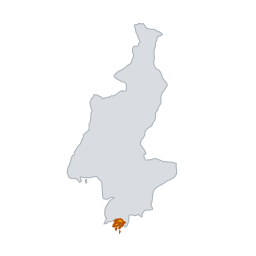 Ongjin, Hwanghae-namdo, North Korea (highlighted), rotated 331°
{"feature_id": "82179303B18261928237919", "entity_name": "Ongjin", "entity_type": "district", "adm_level": 2, "iso_a3": "PRK", "parent_name": "North Korea", "parent_adm1": "Hwanghae-namdo", "projection": "orthographic", "projection_center": [125.207, 37.865], "detail": "fine", "context": "in_parent", "style": "filled", "palette": "amber", "viewbox_px": 256, "rotation_deg": 331, "n_neighbors": 0, "source": "geoboundaries", "source_scale": "gbopen_adm2", "svg_char_len": 6231}
<svg xmlns="http://www.w3.org/2000/svg" viewBox="0 0 256 256"><g transform="rotate(331 128 128)"><path d="M153.0,183.0L152.2,183.5L150.8,186.3L149.5,189.7L148.2,191.6L146.6,192.7L144.9,193.4L141.6,193.7L138.5,193.6L137.5,193.2L133.4,193.6L132.2,193.8L126.2,193.7L123.0,194.1L121.0,194.8L119.0,196.2L117.3,198.3L115.8,200.6L112.7,204.7L110.5,206.8L110.6,209.6L110.5,210.5L109.8,211.1L109.5,210.9L108.2,210.7L103.0,208.1L98.8,209.8L97.8,211.9L96.7,212.5L94.9,208.5L92.2,208.4L87.8,204.8L85.9,205.5L85.4,207.0L83.0,210.3L79.7,213.0L78.6,213.4L77.4,213.2L77.5,212.5L76.2,209.4L70.9,208.2L69.0,206.9L68.0,206.6L73.2,203.2L74.5,202.6L73.5,201.8L72.4,201.4L68.2,201.9L65.9,200.7L62.7,201.1L60.5,200.2L65.1,196.9L65.3,194.9L65.3,193.4L67.7,188.9L70.0,186.5L76.1,183.0L78.8,182.5L80.7,182.6L82.2,182.3L80.6,181.0L79.0,180.4L75.8,180.5L72.6,178.5L72.3,176.4L78.6,163.0L78.7,161.7L77.7,158.5L77.3,155.3L72.9,153.5L70.9,153.3L65.1,149.7L62.9,147.8L62.0,148.4L61.8,151.2L61.0,151.9L59.4,152.4L58.7,149.1L57.5,146.8L53.7,144.3L52.4,143.0L53.0,140.1L52.7,139.9L53.4,136.7L55.7,134.2L61.4,129.8L62.9,127.7L65.8,125.3L67.1,125.4L68.4,125.2L68.8,124.1L69.1,123.3L70.3,122.5L73.0,121.2L76.1,119.4L78.6,118.9L81.7,116.2L82.9,115.1L84.2,115.1L84.5,114.5L85.2,113.1L86.2,112.2L87.6,112.0L89.8,111.4L92.5,111.0L94.4,108.7L95.0,107.1L96.2,105.4L98.9,103.4L100.6,100.6L102.6,97.5L103.6,96.5L104.5,96.3L105.0,95.1L105.6,91.8L106.5,88.7L107.0,87.2L109.3,85.5L109.9,84.7L110.4,84.4L111.5,84.6L112.9,83.6L114.2,82.5L115.4,82.9L116.7,83.8L118.0,85.5L118.6,86.9L119.7,88.0L119.9,89.7L121.0,90.4L123.2,90.7L126.8,91.8L129.2,91.8L130.5,92.7L133.3,93.1L138.8,92.2L141.1,92.6L142.1,93.6L143.5,94.4L144.5,94.4L145.6,92.9L146.9,90.5L147.7,88.7L147.6,87.3L146.8,85.8L144.9,84.4L143.6,82.2L142.4,79.9L141.7,79.2L141.1,78.1L141.0,76.4L141.3,75.3L144.0,74.4L147.5,73.8L150.4,74.2L155.2,73.7L158.0,73.0L160.2,73.0L162.2,72.9L163.0,71.9L165.7,69.4L167.0,68.5L168.4,66.9L168.6,65.2L168.8,63.8L169.6,62.3L170.9,60.5L172.1,59.6L173.5,59.7L175.0,60.4L175.9,61.2L177.0,60.9L177.8,59.5L178.3,59.2L180.0,59.0L180.4,58.1L180.8,53.9L181.3,50.6L181.3,48.4L182.6,44.5L182.9,42.2L183.7,41.1L184.7,41.2L185.6,41.8L186.7,42.1L188.1,41.7L189.1,42.2L189.8,43.4L191.9,44.1L192.2,44.7L192.4,48.8L193.6,50.7L195.3,52.3L197.5,53.8L198.6,54.1L199.4,55.1L200.1,57.0L201.8,58.9L202.7,60.2L202.9,61.6L203.6,62.4L202.5,63.3L200.9,62.9L198.2,62.7L195.0,65.7L193.2,66.8L192.0,69.6L189.5,71.4L188.1,73.2L186.4,76.4L185.3,79.3L182.6,82.5L181.1,86.3L181.2,89.5L183.2,92.7L183.5,95.5L182.5,101.4L183.6,107.5L182.9,109.9L174.2,114.5L171.9,116.7L168.9,122.3L164.9,124.5L162.5,126.8L159.1,128.3L157.1,132.2L154.7,134.5L151.8,135.9L149.7,137.7L144.9,137.9L141.5,139.2L139.1,142.5L131.8,146.4L130.9,149.2L131.5,153.4L131.6,156.7L131.1,159.4L129.4,158.7L128.6,159.6L127.7,162.1L128.0,164.9L130.6,165.8L132.7,166.9L135.7,167.4L137.9,168.6L142.7,174.5L146.5,177.0L147.6,177.9L149.8,179.2L151.9,181.2L153.0,183.0ZM66.0,155.0L64.6,155.9L64.6,154.3L65.7,152.9L66.8,152.7L66.0,155.0Z" fill="#d9dde1" stroke="#a8b0b8" stroke-width="1"/><path d="M78.5,205.5L78.3,205.3L78.1,205.1L77.9,204.9L77.7,204.5L77.3,203.7L76.9,203.7L76.6,203.5L76.1,203.4L75.7,203.2L75.3,203.2L74.7,203.0L74.3,202.7L74.3,202.8L74.2,203.0L74.3,203.1L74.2,203.3L74.4,203.5L74.5,203.8L74.3,203.8L74.2,203.8L74.0,203.6L73.7,203.7L73.8,203.5L73.8,203.3L73.7,203.0L73.5,202.9L73.3,202.9L73.4,202.7L73.0,202.6L72.9,202.5L72.5,202.6L72.4,202.7L72.2,202.8L71.8,202.8L71.6,202.9L71.4,203.0L71.2,202.8L71.0,203.4L71.0,203.6L70.9,203.6L71.1,204.0L71.3,204.6L71.2,204.8L71.3,204.9L71.4,204.7L71.6,204.8L71.8,204.7L71.8,204.8L71.7,205.1L71.6,205.3L71.7,205.2L72.0,205.3L72.3,205.1L72.5,205.0L72.7,204.9L72.7,205.0L72.5,205.4L72.4,205.6L72.2,205.7L72.1,205.9L71.8,205.8L71.7,205.7L71.0,205.7L70.8,205.6L70.5,205.7L70.4,205.7L70.5,205.6L70.4,205.5L70.3,205.4L70.3,205.2L70.2,205.1L69.8,205.0L69.8,205.3L69.5,205.3L69.2,205.5L69.0,205.8L68.9,205.9L68.9,205.7L68.7,205.6L68.4,205.8L68.2,205.7L67.9,206.1L67.8,206.5L67.7,206.6L67.8,206.9L68.1,206.6L68.3,206.6L68.5,206.5L68.4,206.9L68.6,207.4L68.9,207.5L69.1,207.7L69.4,207.6L69.6,207.7L69.9,207.6L70.0,207.6L70.2,207.8L70.3,208.3L71.0,208.4L71.6,208.8L71.7,208.7L71.8,208.5L72.1,208.3L72.0,208.6L72.4,208.7L72.7,208.6L72.9,208.6L73.2,208.6L73.5,208.3L73.7,208.2L74.0,207.9L73.9,207.6L73.6,207.5L73.7,207.4L73.8,207.3L74.0,207.6L74.1,207.3L74.2,207.1L74.2,206.9L74.3,206.8L74.4,206.7L74.2,206.5L74.2,206.4L74.1,206.1L74.3,206.2L74.4,206.4L74.5,206.5L74.8,206.6L74.6,206.9L74.5,207.1L74.4,207.4L74.4,207.5L74.7,207.6L75.2,207.7L75.3,207.7L75.6,207.5L75.8,207.7L75.9,208.1L75.8,208.3L76.0,208.4L76.0,208.5L75.8,208.7L75.6,209.0L75.4,209.1L75.3,209.3L75.0,209.6L74.2,210.0L74.0,210.6L74.4,210.3L74.5,210.3L74.9,210.4L75.0,210.5L75.4,210.9L75.5,210.9L75.5,210.6L75.2,210.4L74.9,210.2L75.0,210.0L75.3,209.9L75.4,210.0L75.8,209.9L76.2,209.7L76.2,209.8L76.0,210.2L76.1,210.3L75.9,210.5L75.9,210.8L76.2,210.7L76.4,210.6L76.6,210.2L76.8,210.1L77.0,210.2L77.3,209.6L77.3,209.3L77.8,209.1L77.9,208.9L77.6,209.0L77.3,208.9L77.1,209.0L77.1,208.9L77.0,208.6L77.3,208.6L77.5,208.4L77.7,208.5L77.7,208.8L77.9,208.8L78.2,208.7L78.2,208.8L78.2,209.0L78.3,209.1L78.5,209.0L78.9,208.9L79.0,208.8L79.1,209.0L79.0,209.3L79.2,209.1L79.3,209.1L79.3,209.3L79.2,209.5L79.3,209.5L79.6,209.4L79.5,209.2L79.6,208.9L79.4,208.7L79.2,208.7L79.3,208.4L79.2,208.3L78.9,208.3L78.6,208.3L78.2,208.3L77.8,207.9L77.7,207.6L77.8,207.5L78.1,207.6L78.3,207.6L78.4,207.4L78.4,207.0L78.4,206.4L78.5,206.0L78.5,205.5ZM69.5,209.7L69.1,209.8L68.9,209.7L68.8,209.8L69.0,210.0L68.9,210.3L68.7,210.2L68.4,210.1L68.3,210.3L68.2,210.4L68.0,210.5L68.0,210.8L68.3,210.9L68.3,211.0L68.5,210.8L68.8,210.9L69.1,210.7L69.1,210.4L69.3,210.4L69.4,210.1L69.5,209.8L69.5,209.7ZM73.3,210.6L73.1,210.5L73.1,210.2L72.8,210.4L72.5,210.5L72.1,210.8L71.7,211.0L71.9,211.1L72.0,211.3L71.9,211.6L72.0,211.7L72.2,211.3L72.6,211.0L72.8,210.7L73.0,210.7L73.3,210.6ZM77.8,209.7L78.0,209.5L77.9,209.4L77.6,209.4L77.5,209.5L77.8,209.7ZM67.4,207.2L67.4,206.9L67.3,206.7L67.1,206.9L67.2,207.0L67.4,207.2ZM75.0,211.0L75.0,210.9L74.8,211.0L74.7,211.0L74.8,211.1L75.0,211.1L75.0,211.0ZM70.7,214.8L70.7,214.6L70.5,214.9L70.7,214.8Z" fill="#f59e0b" stroke="#b45309" stroke-width="1.5"/></g></svg>